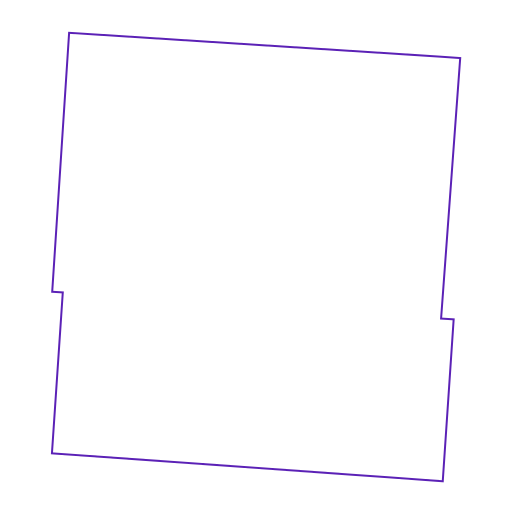 outline of Dawes, Nebraska, United States of America, rotated 184°
{"feature_id": "52423323B29659430043137", "entity_name": "Dawes", "entity_type": "district", "adm_level": 2, "iso_a3": "USA", "parent_name": "United States of America", "parent_adm1": "Nebraska", "projection": "albers", "projection_center": [-103.155, 42.719], "detail": "fine", "context": "isolated", "style": "outline", "palette": "violet", "viewbox_px": 512, "rotation_deg": 184, "n_neighbors": 0, "source": "geoboundaries", "source_scale": "gbopen_adm2", "svg_char_len": 334}
<svg xmlns="http://www.w3.org/2000/svg" viewBox="0 0 512 512"><g transform="rotate(184 256 256)"><path d="M458.0,465.6L456.8,206.1L446.2,206.2L445.8,44.9L331.2,44.8L259.2,44.7L258.5,44.7L144.3,44.5L109.3,44.5L54.0,44.3L54.4,206.6L67.0,206.5L66.1,467.7L85.8,467.7L458.0,465.6Z" fill="none" stroke="#5b21b6" stroke-width="2"/></g></svg>